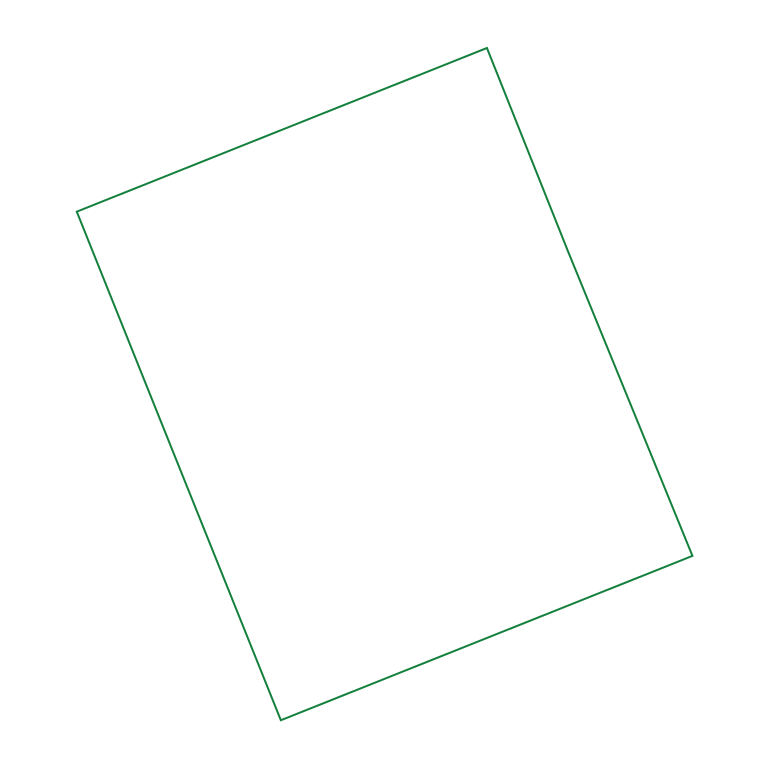 Crawford, Iowa, United States of America, rotated 248°
{"feature_id": "52423323B13342583421371", "entity_name": "Crawford", "entity_type": "district", "adm_level": 2, "iso_a3": "USA", "parent_name": "United States of America", "parent_adm1": "Iowa", "projection": "mercator", "projection_center": [-95.353, 42.037], "detail": "fine", "context": "isolated", "style": "outline", "palette": "green", "viewbox_px": 768, "rotation_deg": 248, "n_neighbors": 0, "source": "geoboundaries", "source_scale": "gbopen_adm2", "svg_char_len": 262}
<svg xmlns="http://www.w3.org/2000/svg" viewBox="0 0 768 768"><g transform="rotate(248 384 384)"><path d="M658.9,163.7L439.1,163.1L110.9,162.4L109.1,605.6L218.2,605.2L437.8,604.3L657.0,605.3L658.9,163.7Z" fill="none" stroke="#15803d" stroke-width="2"/></g></svg>